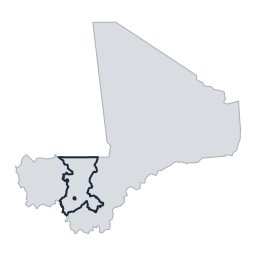 location of Koulikoro within Mali
{"feature_id": "MLI-4860", "entity_name": "Koulikoro", "entity_type": "Region", "adm_level": 1, "iso_a3": "MLI", "parent_name": "Mali", "parent_adm1": "", "projection": "orthographic", "projection_center": [-7.926, 13.476], "detail": "fine", "context": "in_parent", "style": "outline", "palette": "slate", "viewbox_px": 256, "rotation_deg": 0, "n_neighbors": 0, "source": "natural_earth", "source_scale": "10m", "svg_char_len": 7613}
<svg xmlns="http://www.w3.org/2000/svg" viewBox="0 0 256 256"><path d="M27.2,201.1L27.3,200.1L26.4,199.3L26.3,198.9L26.9,195.8L26.9,195.0L27.3,193.5L26.7,192.7L26.5,192.2L25.1,190.2L24.7,188.4L23.9,187.3L22.2,186.9L21.6,187.9L21.2,188.0L20.6,187.3L20.3,186.7L20.4,186.2L18.2,183.4L18.3,182.0L19.2,181.2L19.5,180.0L18.7,178.5L18.9,177.2L18.8,175.2L17.5,173.5L16.7,172.8L16.0,171.6L16.6,168.9L15.4,166.6L17.8,167.5L18.9,166.7L20.1,165.5L21.0,164.0L21.5,162.1L21.7,160.4L22.7,157.9L23.9,156.6L26.3,154.9L26.9,155.1L30.8,158.9L33.0,160.9L33.8,161.9L34.5,162.0L35.7,160.1L36.8,158.5L37.3,158.1L41.3,157.9L43.3,158.3L45.1,158.7L47.7,158.9L54.6,157.7L54.7,157.0L54.6,156.1L54.9,155.4L55.4,154.8L55.9,154.6L56.1,156.8L56.7,157.1L58.3,157.2L108.8,157.1L110.7,145.8L107.0,141.8L92.8,22.4L115.7,22.2L119.8,24.8L196.1,75.2L196.5,76.8L196.6,79.2L197.2,79.9L198.3,80.6L202.7,82.7L203.0,83.1L203.2,84.0L203.8,85.1L204.7,85.8L205.8,86.2L207.1,86.5L211.0,86.7L211.8,87.2L213.6,89.2L214.5,89.6L219.8,90.5L221.5,91.0L223.4,91.8L224.4,92.6L224.6,95.9L225.4,98.0L225.5,98.5L224.7,99.4L224.5,100.1L223.7,101.8L223.9,102.4L225.8,103.6L226.7,104.0L227.7,103.9L238.5,101.2L240.6,131.7L240.2,132.2L240.3,137.7L239.7,140.9L238.4,143.3L237.7,146.9L237.2,147.6L236.9,149.7L236.1,150.9L234.7,151.4L232.3,153.8L232.2,155.6L226.1,154.9L225.7,154.9L225.4,155.2L225.4,156.1L209.9,157.4L202.3,158.1L197.7,162.4L194.5,162.9L190.6,162.7L188.6,162.7L187.8,163.0L187.7,163.8L181.4,161.8L179.1,162.6L178.8,162.4L178.4,161.9L177.3,161.7L175.5,161.9L174.3,162.2L170.4,165.6L168.3,166.5L164.4,168.5L161.6,170.3L160.7,170.6L159.1,170.7L157.8,171.1L156.8,174.9L156.0,175.3L151.2,173.9L150.3,174.1L149.5,174.6L146.8,176.9L145.6,178.6L144.9,181.0L145.1,182.5L144.6,183.0L143.4,183.1L141.2,182.7L140.5,182.9L140.2,184.1L140.3,186.6L139.8,188.3L138.5,188.9L137.5,189.6L136.7,189.8L136.1,189.7L132.2,187.2L130.8,186.8L129.4,187.1L128.0,188.2L125.6,190.9L125.9,191.8L126.6,192.9L127.1,194.3L127.1,195.5L123.6,197.3L124.4,198.6L124.4,202.1L122.8,203.7L122.2,204.7L120.6,205.9L119.3,206.5L115.0,207.5L113.2,208.6L112.4,209.5L112.3,210.5L112.4,211.6L113.3,213.9L113.0,216.0L112.4,218.4L111.7,219.5L109.7,220.8L110.0,222.4L110.2,224.7L109.9,227.6L109.3,229.6L108.8,229.4L106.9,229.5L104.8,230.2L104.1,230.7L103.9,231.3L102.2,233.0L101.0,232.9L99.9,232.4L99.3,232.0L99.2,231.8L99.9,230.5L99.9,230.0L99.2,227.8L99.4,227.2L99.1,225.5L98.9,225.4L96.6,226.2L96.5,226.5L96.9,227.6L96.6,227.8L95.8,227.8L94.7,227.4L93.4,226.4L93.1,226.8L93.0,227.5L92.9,228.5L93.2,230.2L92.9,230.8L90.9,230.7L89.3,230.9L88.8,231.5L88.7,232.2L89.1,233.0L89.0,233.3L88.3,233.8L88.0,233.8L87.1,232.9L83.4,232.1L83.1,231.0L82.7,231.0L81.5,229.6L81.1,229.6L80.6,229.8L79.3,229.7L78.0,231.0L77.1,232.5L76.1,233.2L74.6,233.5L74.8,232.6L74.4,231.3L71.2,229.6L70.7,228.9L69.9,225.1L70.0,224.0L70.2,223.0L70.1,222.3L69.7,221.7L68.8,221.1L67.8,220.9L66.6,221.6L66.0,221.7L65.4,221.7L65.1,221.4L65.2,221.0L66.5,219.0L67.2,218.2L68.5,217.2L68.9,216.7L68.9,216.3L68.8,216.0L67.9,215.7L66.5,214.7L65.8,214.6L65.2,214.2L64.5,212.7L64.2,212.4L63.6,212.3L63.0,211.9L63.0,208.4L61.7,205.7L60.5,202.3L59.9,201.5L58.8,200.8L57.5,200.3L56.3,200.2L55.0,200.6L55.0,200.9L55.8,202.0L55.9,202.6L55.8,203.2L55.5,203.6L53.7,203.9L51.3,205.1L50.5,206.6L50.0,206.7L49.0,206.6L42.7,204.1L40.0,205.1L38.3,207.2L37.8,207.9L37.0,208.5L36.6,208.5L36.1,208.1L34.3,204.8L33.5,204.1L32.5,204.0L31.6,204.5L30.7,205.6L29.6,206.6L28.9,206.9L28.3,206.7L25.7,204.5L25.6,204.1L26.8,201.5L27.2,201.1Z" fill="#d9dde1" stroke="#a8b0b8" stroke-width="1"/><path d="M60.9,204.6L60.8,204.4L60.7,204.2L60.5,203.9L60.6,203.5L60.7,203.2L60.9,202.9L61.0,202.6L61.0,202.3L60.9,202.0L60.6,201.7L60.1,201.4L60.4,201.2L59.9,200.8L60.5,199.8L61.0,199.3L61.6,198.9L62.1,197.9L62.6,197.7L63.2,197.6L63.9,197.4L64.4,197.0L64.8,196.5L65.0,196.3L66.2,195.7L66.0,195.4L65.8,195.2L65.6,195.0L65.7,194.6L65.8,194.3L66.4,193.3L66.5,192.9L66.5,192.5L66.4,191.8L66.4,191.5L66.5,191.4L66.6,191.2L66.7,190.1L66.8,189.8L66.9,189.7L67.1,189.4L67.2,189.2L67.3,188.8L67.5,187.9L67.6,187.7L67.8,187.5L68.1,187.4L68.2,187.2L68.3,186.9L68.2,186.6L68.1,186.3L68.0,186.1L67.6,185.7L67.4,185.3L67.3,185.1L67.2,185.0L67.1,184.9L66.9,184.7L66.8,183.2L66.8,182.9L67.0,182.7L67.4,182.3L67.5,182.1L67.7,181.7L67.8,181.5L68.0,181.4L68.1,181.2L68.2,180.9L68.2,180.7L68.2,180.4L68.2,180.2L68.0,179.8L67.8,179.5L67.4,179.3L66.9,179.3L66.6,179.4L66.5,179.6L66.5,179.9L66.3,180.4L66.3,180.6L66.3,180.9L65.9,181.0L64.7,180.8L64.5,180.6L64.1,179.8L63.9,180.0L63.7,179.9L63.6,179.7L63.3,179.5L63.2,179.5L62.7,179.1L62.6,178.8L62.7,178.7L62.8,178.7L62.9,178.3L63.0,178.2L63.1,177.8L63.1,177.3L63.1,177.1L63.4,177.0L63.7,177.1L63.9,177.1L64.0,176.7L64.0,176.4L63.9,176.1L63.3,174.5L64.5,174.5L64.9,174.3L65.5,174.2L65.9,173.5L66.3,172.8L66.6,172.7L66.9,172.9L67.2,173.2L67.6,174.0L68.0,174.3L68.4,174.4L69.0,174.3L70.0,174.1L70.7,174.3L71.4,174.2L72.3,174.1L72.7,173.8L72.6,173.5L72.3,172.5L72.4,172.1L72.4,171.7L72.2,171.5L71.2,171.2L70.3,170.3L69.5,169.7L68.1,168.7L67.8,168.2L67.9,167.4L67.9,166.1L67.7,165.2L67.5,164.9L66.6,164.7L65.1,164.6L64.3,164.0L63.6,162.3L63.5,161.2L63.4,160.8L62.8,160.1L60.8,159.1L60.5,158.7L59.7,158.1L59.0,157.5L58.8,157.2L60.5,157.2L61.9,157.2L62.9,157.2L63.9,157.3L65.0,157.3L66.2,157.3L68.0,157.3L70.0,157.3L72.1,157.3L74.3,157.3L76.5,157.3L78.8,157.3L81.2,157.3L83.5,157.3L85.9,157.3L88.2,157.3L90.5,157.2L92.8,157.2L95.0,157.2L97.0,157.2L97.7,157.2L97.5,158.9L96.5,161.9L96.1,162.6L94.8,164.3L94.6,165.1L95.4,166.5L96.1,167.4L96.6,169.1L96.9,170.0L96.9,170.9L96.6,171.4L96.3,171.9L95.8,172.2L94.1,171.7L93.7,171.9L93.4,172.6L92.3,174.0L91.8,174.8L89.8,178.7L89.6,181.3L89.8,182.2L90.6,183.0L91.4,184.0L91.5,185.4L91.7,185.8L92.2,186.2L92.3,186.5L92.0,187.4L91.6,187.7L90.3,187.8L89.4,188.0L88.8,188.6L88.6,189.4L88.1,190.3L88.1,190.9L88.0,191.7L87.5,192.2L87.3,192.7L87.5,192.9L88.2,193.7L89.0,194.0L89.7,194.0L90.0,194.3L90.1,195.1L89.9,196.0L90.1,196.3L90.5,196.3L91.1,196.0L92.7,195.8L93.7,195.6L94.3,195.9L95.3,196.3L95.6,197.3L95.9,197.5L96.5,197.2L97.0,197.2L97.2,197.8L97.5,198.7L98.1,198.9L98.8,199.3L99.2,200.0L99.3,200.6L99.5,201.1L99.5,201.4L100.0,201.4L100.7,201.9L101.0,202.5L101.5,202.8L102.7,202.7L103.1,202.9L103.2,204.1L102.7,205.4L102.2,205.4L101.2,205.7L100.8,205.6L100.4,205.8L100.5,206.5L100.5,206.8L100.3,207.0L99.7,206.4L98.9,206.1L98.2,206.1L97.6,206.8L97.6,207.5L97.8,208.6L96.9,209.4L96.8,210.0L96.5,210.9L96.3,211.5L95.9,212.2L95.5,212.2L94.9,211.9L95.0,211.1L94.8,210.8L93.5,210.8L91.7,210.0L90.7,209.7L90.3,209.2L89.9,209.1L89.2,209.2L89.2,207.9L88.9,207.6L88.3,207.7L87.9,207.5L87.4,207.1L87.4,206.3L87.8,205.3L87.8,204.8L87.3,203.0L87.0,201.5L86.8,201.1L86.1,201.3L85.5,202.3L84.9,202.7L84.4,202.9L84.2,203.6L84.0,204.0L83.5,204.2L82.1,204.9L81.8,205.1L81.4,205.9L80.9,207.2L80.4,207.5L79.5,208.0L78.0,208.6L76.4,209.5L75.4,210.3L75.0,210.4L74.0,211.5L73.5,211.8L72.3,211.5L71.6,211.5L69.8,212.2L68.9,212.1L68.4,212.4L67.6,214.2L67.1,214.8L66.9,215.0L66.9,214.7L66.4,214.8L66.0,214.8L65.3,214.5L65.1,214.2L64.9,213.7L64.8,213.4L64.5,212.4L64.3,212.3L64.1,212.3L63.9,212.4L63.6,212.5L63.3,212.4L63.1,212.2L62.9,212.1L62.6,212.1L63.3,208.5L63.3,208.3L63.2,208.2L63.1,207.9L63.1,207.6L63.1,207.3L63.0,207.1L62.8,206.8L62.5,206.8L62.2,206.8L61.8,206.8L61.6,206.6L61.5,206.3L61.6,206.0L61.8,205.4L61.8,205.1L61.7,204.8L61.5,204.6L61.3,204.4L61.0,204.5L60.9,204.6ZM74.8,199.5L75.3,199.4L75.4,199.0L75.5,198.6L75.4,198.2L75.4,197.8L75.1,197.5L74.8,197.3L74.5,197.2L74.1,197.2L73.8,197.4L73.6,197.7L73.5,198.1L73.6,198.6L73.7,199.0L74.0,199.1L74.1,199.3L74.3,199.4L74.8,199.5Z" fill="none" stroke="#1e293b" stroke-width="2"/></svg>